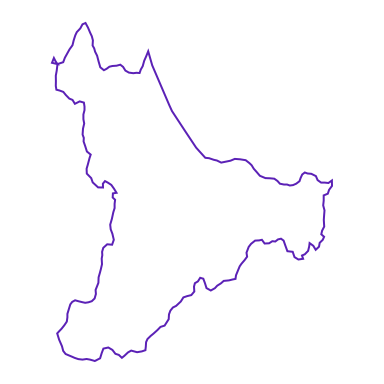 Dário Meira, Bahia, Brazil
{"feature_id": "56859067B24603419273590", "entity_name": "Dário Meira", "entity_type": "district", "adm_level": 2, "iso_a3": "BRA", "parent_name": "Brazil", "parent_adm1": "Bahia", "projection": "robinson", "projection_center": [-39.99, -14.392], "detail": "fine", "context": "isolated", "style": "outline", "palette": "violet", "viewbox_px": 384, "rotation_deg": 0, "n_neighbors": 0, "source": "geoboundaries", "source_scale": "gbopen_adm2", "svg_char_len": 3302}
<svg xmlns="http://www.w3.org/2000/svg" viewBox="0 0 384 384"><path d="M59.1,339.6L62.0,346.3L63.2,350.9L65.6,354.0L68.4,355.2L72.0,356.7L74.7,357.9L78.3,359.1L82.5,359.6L86.6,359.0L90.0,359.6L94.8,361.0L100.1,358.3L101.7,353.1L103.4,348.6L108.3,347.5L112.4,349.9L115.4,353.8L118.8,354.9L121.9,357.8L124.4,355.8L128.0,352.4L131.2,350.6L137.1,352.2L141.8,351.4L145.4,350.2L145.8,346.8L146.1,342.1L147.5,339.0L150.8,335.8L153.4,333.7L157.4,330.1L160.5,326.9L164.6,325.6L168.7,319.2L169.0,314.3L170.4,310.6L172.9,307.5L176.1,305.9L180.8,301.5L183.4,297.4L187.2,296.1L191.3,295.1L194.3,291.5L194.0,286.6L194.9,283.2L197.9,281.4L200.2,277.8L203.3,278.7L205.0,283.3L206.5,288.1L210.8,290.5L214.9,288.2L217.2,285.7L221.0,283.3L223.7,280.9L228.9,280.4L232.5,279.5L235.5,278.9L236.0,275.3L238.0,270.4L239.7,266.3L241.5,263.7L244.6,260.1L247.1,256.7L246.5,252.7L248.7,246.9L251.1,243.8L255.1,240.6L259.1,240.4L261.9,239.8L264.6,243.5L269.1,243.3L272.3,241.2L275.3,241.5L278.0,239.4L281.0,238.7L283.6,240.6L285.5,246.0L287.4,251.2L292.7,251.8L294.5,257.1L298.4,259.5L303.1,258.8L302.0,255.5L304.8,254.3L308.1,250.9L309.2,246.4L309.6,243.1L313.3,245.8L315.7,249.8L319.0,246.7L319.7,242.8L322.7,239.9L324.1,236.8L321.3,234.3L322.1,230.7L324.2,226.6L323.8,219.8L324.1,215.5L324.5,210.4L323.2,205.4L323.7,200.7L323.7,195.4L327.8,193.7L329.1,189.8L332.0,185.9L331.9,180.5L328.4,183.0L324.8,182.6L321.1,182.6L317.6,180.1L315.9,176.1L311.3,173.8L307.6,173.5L304.8,172.5L302.2,174.5L300.6,178.0L299.5,181.2L296.2,183.7L293.0,185.1L289.8,185.5L287.0,184.5L283.8,184.5L279.9,183.7L277.5,181.0L274.3,178.7L270.1,178.3L265.4,178.1L259.9,175.8L256.4,171.7L253.8,168.8L251.6,165.2L249.4,163.1L245.7,160.2L240.1,159.3L234.8,158.9L230.5,160.7L226.1,161.6L221.2,162.6L216.9,160.5L213.8,159.8L209.1,158.2L205.3,157.8L199.4,151.3L196.1,147.6L184.8,130.6L172.0,111.1L169.3,105.2L152.2,65.3L148.2,51.3L146.1,56.5L144.2,60.8L142.7,66.2L140.8,69.5L139.6,73.0L136.4,72.8L133.3,73.2L128.9,72.6L125.4,70.6L123.1,66.9L120.3,64.7L116.6,65.7L112.4,66.0L109.4,66.7L106.6,68.8L103.9,70.2L100.3,67.3L98.6,61.5L97.1,55.7L95.1,51.7L94.2,48.4L92.6,45.5L92.9,40.3L91.8,36.2L90.1,32.6L88.0,27.6L85.5,23.0L82.5,24.3L80.3,28.4L76.8,32.1L75.3,35.3L73.7,40.3L72.5,45.2L69.5,49.4L66.9,54.1L64.9,57.7L63.2,62.2L57.5,64.1L56.7,70.7L55.8,75.7L55.9,81.1L55.8,86.0L56.4,89.7L59.5,90.5L63.3,91.9L65.9,95.1L69.3,98.6L72.5,99.9L74.9,103.8L79.7,101.4L83.9,102.6L84.5,106.6L84.5,110.1L83.4,114.5L83.4,119.2L84.2,123.5L83.0,128.7L82.6,134.6L83.8,137.9L83.6,141.5L85.2,146.1L86.9,151.5L90.7,154.6L89.5,158.2L87.7,165.0L86.6,168.7L86.8,173.6L91.2,178.1L92.7,182.4L95.1,184.6L98.1,187.4L103.0,187.5L102.9,183.7L105.0,181.1L107.8,182.6L111.3,184.9L114.0,188.7L116.5,192.8L112.9,193.4L112.7,197.5L115.1,199.8L114.6,203.8L114.6,208.1L113.3,212.3L111.9,218.8L110.2,224.7L110.7,229.3L112.4,233.8L113.8,239.8L112.1,244.7L107.2,244.3L103.3,247.8L102.1,251.8L102.3,255.2L101.7,258.6L102.0,264.2L100.9,269.0L99.9,272.8L98.6,277.3L98.4,282.8L97.0,286.4L95.6,289.9L95.9,294.0L94.6,298.5L91.8,301.2L88.4,302.3L85.2,302.8L82.4,302.2L78.7,301.3L75.1,300.3L72.2,301.9L70.3,304.4L68.7,309.6L67.4,313.9L67.4,317.3L66.8,321.6L64.3,325.3L61.6,328.7L59.4,331.0L57.2,333.4L59.1,339.6ZM57.5,64.1L55.5,61.2L53.9,58.0L52.0,62.8L57.5,64.1Z" fill="none" stroke="#5b21b6" stroke-width="2"/></svg>